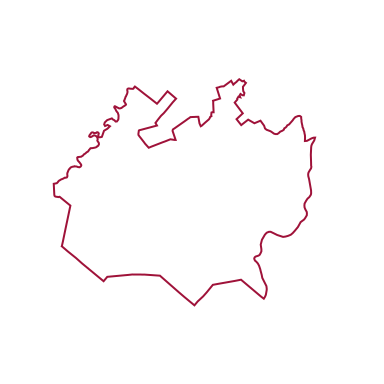 Frontera Hidalgo, Chiapas, Mexico, rotated 34°
{"feature_id": "50627088B52793228533805", "entity_name": "Frontera Hidalgo", "entity_type": "district", "adm_level": 2, "iso_a3": "MEX", "parent_name": "Mexico", "parent_adm1": "Chiapas", "projection": "mercator", "projection_center": [-92.233, 14.753], "detail": "fine", "context": "isolated", "style": "outline", "palette": "rose", "viewbox_px": 384, "rotation_deg": 34, "n_neighbors": 0, "source": "geoboundaries", "source_scale": "gbopen_adm2", "svg_char_len": 5803}
<svg xmlns="http://www.w3.org/2000/svg" viewBox="0 0 384 384"><g transform="rotate(34 192 192)"><path d="M85.7,136.5L85.5,138.1L85.7,138.6L85.6,139.1L85.4,139.5L84.9,139.8L83.7,140.5L83.2,140.8L82.3,141.2L81.8,141.4L81.2,142.0L80.9,142.5L81.0,142.9L81.2,143.6L81.5,143.8L81.7,144.2L82.4,144.8L82.6,145.2L82.9,145.7L83.0,146.1L83.2,146.6L83.3,147.0L83.4,147.5L83.4,148.0L83.6,148.6L83.6,149.0L83.8,149.7L83.7,150.2L83.8,150.6L84.3,152.2L84.3,152.7L84.4,153.0L84.6,153.3L84.6,153.7L84.7,154.6L85.0,154.8L85.8,155.1L86.1,155.3L86.8,155.6L87.1,155.7L87.4,155.9L87.8,156.0L88.0,156.2L88.3,156.3L88.4,156.7L88.4,156.9L88.2,157.3L88.1,157.7L87.8,158.5L87.4,159.2L87.0,160.3L86.8,161.0L86.5,161.8L86.1,162.3L85.5,163.0L85.1,163.3L84.7,163.5L84.1,163.5L83.6,163.6L81.6,163.8L80.8,163.9L80.1,164.0L79.9,164.3L79.9,164.6L80.1,165.2L80.5,165.5L80.9,165.6L81.9,166.0L82.3,166.1L82.7,166.4L83.6,167.0L83.8,167.0L84.1,167.2L84.5,167.3L85.2,167.6L85.6,167.7L85.9,167.7L86.2,167.9L86.7,168.2L87.1,168.6L87.6,168.9L87.8,169.1L88.0,169.3L88.3,169.7L88.5,169.9L88.7,170.2L89.2,171.0L89.4,171.4L89.6,171.7L89.9,172.1L90.1,172.6L90.4,173.2L90.3,175.5L89.3,176.3L87.5,175.9L85.8,176.1L84.4,175.8L81.5,179.8L80.8,183.1L81.4,185.1L83.0,185.9L84.6,183.6L87.2,183.4L86.5,186.8L84.8,190.4L86.4,196.5L86.4,196.8L85.5,197.7L85.1,198.1L84.0,198.7L83.5,198.7L83.2,198.5L83.0,198.2L82.8,197.7L82.6,197.4L82.6,197.0L82.5,196.8L82.2,196.5L82.0,195.6L81.7,195.4L80.8,195.2L80.3,195.3L79.8,195.6L79.6,196.5L79.1,196.9L78.7,197.2L78.4,197.5L77.8,198.0L77.0,197.9L76.2,198.2L75.7,198.6L75.5,199.1L75.4,199.7L75.4,200.8L75.3,201.9L75.4,202.8L75.7,203.4L76.2,203.4L76.9,203.4L77.4,203.0L77.9,202.2L78.8,200.2L79.5,199.6L80.7,199.3L81.4,199.3L82.6,199.6L83.8,200.4L84.5,201.3L84.6,202.1L85.2,202.6L87.1,203.3L87.6,203.8L88.1,204.3L88.2,204.8L88.4,206.0L88.2,206.6L87.9,206.9L87.8,207.9L87.3,208.8L86.6,209.6L84.8,211.4L84.3,211.8L83.7,212.1L83.3,212.8L83.3,213.7L83.2,214.3L83.1,214.8L83.2,215.7L83.1,216.2L83.1,216.8L82.6,217.6L82.3,218.4L82.2,219.1L81.9,220.1L81.7,220.5L81.4,221.0L81.3,221.7L81.3,222.2L81.2,222.7L81.1,223.1L80.8,223.7L80.6,224.2L80.4,224.7L79.8,225.2L79.5,225.5L79.0,225.9L77.8,226.9L77.6,227.5L77.7,227.9L78.2,228.3L78.5,228.7L79.0,229.3L79.9,229.8L81.1,230.1L82.3,230.4L84.0,231.0L84.8,231.3L85.4,232.0L85.5,233.0L85.2,233.8L84.9,234.4L83.5,235.1L82.1,235.4L81.2,235.9L80.6,236.2L80.1,236.4L79.9,237.0L79.5,237.2L78.6,238.1L78.3,238.6L78.0,239.0L77.8,239.3L77.7,239.9L77.5,240.7L77.6,241.3L77.3,242.0L77.4,242.7L77.7,244.4L77.9,245.1L78.1,246.1L78.7,247.1L79.8,248.4L80.0,249.1L80.1,249.6L80.0,250.1L79.6,250.4L79.2,250.8L79.0,251.1L78.5,251.3L78.2,251.9L78.0,252.5L76.9,254.2L76.6,254.5L76.1,255.6L75.8,256.3L75.5,256.8L75.2,258.2L75.3,259.0L75.1,259.6L75.0,260.3L73.6,261.7L72.8,262.5L79.4,271.3L80.0,271.9L80.3,272.1L81.1,272.2L81.8,272.0L82.8,271.5L83.1,271.3L84.0,271.0L84.5,270.4L84.9,270.0L98.8,271.3L108.2,294.4L112.6,305.1L114.4,309.7L114.4,309.8L122.2,310.7L132.8,311.6L140.9,312.7L160.3,314.6L168.6,315.4L169.2,309.7L185.5,296.4L188.6,293.8L198.7,287.1L212.2,279.3L236.5,282.4L244.3,283.3L257.4,284.6L257.9,279.6L259.6,272.3L260.3,267.1L261.2,257.3L265.6,253.0L277.3,241.7L281.7,237.3L307.8,240.1L311.2,240.3L311.1,237.9L310.7,235.9L308.7,231.4L307.8,230.1L306.3,228.4L299.9,224.8L298.3,223.9L296.1,221.7L293.1,219.1L291.7,217.8L288.8,215.6L286.5,214.4L284.1,213.8L282.8,213.7L281.6,213.1L280.7,212.2L280.5,211.1L280.8,210.0L282.6,207.7L283.0,206.9L283.2,206.3L283.1,204.6L282.7,202.4L281.5,200.6L278.4,197.2L276.7,192.5L276.3,186.7L276.5,185.1L276.8,183.8L278.1,181.9L279.5,181.0L282.9,180.5L286.7,180.0L292.6,178.3L294.4,176.7L296.2,174.6L297.8,172.2L298.5,169.7L298.9,166.9L299.4,161.8L298.9,156.2L300.3,152.2L300.4,150.4L300.2,147.1L299.1,145.3L298.2,144.3L295.8,143.1L294.0,141.9L292.7,140.3L291.8,138.6L291.5,135.2L291.5,132.9L292.1,130.7L292.1,128.1L291.8,127.1L291.4,126.3L289.9,124.2L281.9,115.9L279.5,113.8L278.3,112.2L277.7,110.7L277.5,107.8L277.5,105.9L276.9,104.4L276.0,103.5L273.9,100.5L269.7,94.7L265.8,88.3L265.1,86.9L264.7,85.3L264.5,80.9L263.6,78.1L262.5,78.9L261.7,79.9L260.9,81.1L259.8,83.3L258.7,85.3L257.1,86.6L255.3,83.7L253.9,81.8L252.6,80.6L251.2,79.1L250.1,78.5L248.8,77.2L247.2,76.3L246.7,75.6L244.7,73.7L243.5,72.5L242.6,71.2L241.6,70.2L240.5,68.7L239.2,68.6L238.4,68.9L237.4,69.8L235.8,72.1L235.4,74.5L235.4,76.2L234.7,81.7L233.7,83.5L233.8,84.9L233.6,86.1L232.9,87.7L233.3,88.9L232.7,90.6L231.8,92.0L231.3,92.9L231.0,94.5L230.3,96.3L228.6,97.4L227.2,97.8L225.4,97.7L223.2,97.7L221.1,98.2L219.0,98.7L217.0,98.5L214.7,96.7L208.9,94.6L205.3,100.1L198.1,100.6L195.4,109.0L188.2,106.7L190.1,98.4L177.4,94.0L177.9,90.0L177.3,89.4L177.2,87.1L179.0,86.5L177.5,85.5L177.4,83.6L179.6,83.6L180.9,82.9L180.1,80.6L178.2,79.8L176.8,78.2L175.4,76.3L175.6,73.5L175.7,71.4L173.6,71.2L172.9,70.7L171.8,72.1L168.1,72.1L167.5,74.5L167.3,75.9L166.7,77.7L166.2,79.9L162.3,77.9L159.2,86.7L157.8,87.7L156.5,89.0L155.6,90.3L154.2,91.8L163.0,98.8L162.0,100.1L158.4,104.6L159.2,105.4L159.9,106.5L165.3,113.8L165.0,114.0L164.2,114.5L163.7,115.2L165.0,117.6L165.7,118.2L165.1,119.6L165.3,120.5L165.4,121.6L165.4,122.3L164.1,127.1L163.0,131.6L162.5,132.6L160.1,131.1L159.8,130.9L155.2,126.1L154.6,126.5L148.8,130.8L148.4,132.1L147.7,133.7L146.4,137.3L144.9,141.2L141.9,149.1L141.3,150.5L141.2,150.9L141.7,152.2L149.3,158.0L148.6,158.5L144.6,160.4L144.4,160.7L141.4,165.1L140.0,167.0L138.6,169.0L132.9,177.2L131.4,179.5L125.7,178.1L125.1,177.8L118.7,175.7L117.7,175.4L115.8,174.7L115.1,173.9L113.6,170.8L113.7,170.3L115.1,168.8L117.8,165.7L120.5,162.6L123.8,158.8L125.8,156.5L123.1,155.2L123.3,151.0L123.7,146.1L124.5,142.5L124.9,139.1L125.2,136.2L125.9,128.3L126.6,123.5L115.4,122.2L113.9,136.3L113.6,138.4L105.7,137.8L97.5,137.3L89.7,136.7L85.7,136.5Z" fill="none" stroke="#9f1239" stroke-width="2"/></g></svg>